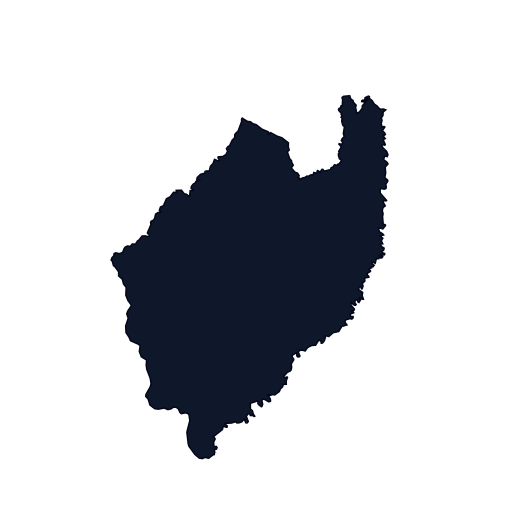 Quimbaya, Quindío, Colombia (Mercator projection), rotated 307°
{"feature_id": "7082276B28031700236172", "entity_name": "Quimbaya", "entity_type": "district", "adm_level": 2, "iso_a3": "COL", "parent_name": "Colombia", "parent_adm1": "Quindío", "projection": "mercator", "projection_center": [-75.769, 4.613], "detail": "fine", "context": "isolated", "style": "filled", "palette": "ink", "viewbox_px": 512, "rotation_deg": 307, "n_neighbors": 0, "source": "geoboundaries", "source_scale": "gbopen_adm2", "svg_char_len": 6128}
<svg xmlns="http://www.w3.org/2000/svg" viewBox="0 0 512 512"><g transform="rotate(307 256 256)"><path d="M450.1,269.3L448.3,267.4L448.0,265.4L448.7,262.3L448.5,259.2L450.0,255.2L450.1,251.7L451.6,250.6L451.3,249.5L448.1,247.8L447.6,248.4L445.0,248.4L444.7,247.5L443.9,247.7L443.6,247.1L442.9,247.5L444.0,249.5L446.6,249.1L448.3,249.6L449.0,249.9L448.4,251.2L446.4,250.5L444.9,250.9L439.9,250.5L438.0,251.9L433.2,251.9L430.6,250.6L434.7,246.0L436.7,245.3L437.4,241.4L438.7,239.6L438.3,238.3L438.8,236.7L440.4,234.4L436.2,229.8L434.4,229.3L432.8,231.2L428.4,234.2L426.9,233.5L425.4,234.4L423.9,233.5L422.7,233.6L422.0,234.6L421.2,238.6L420.1,239.0L419.7,240.5L418.0,240.4L417.7,242.4L416.3,242.6L414.9,243.7L412.6,246.7L412.5,248.8L406.4,252.0L404.4,254.6L401.4,254.2L399.5,254.7L399.2,256.4L397.8,257.4L396.4,256.7L395.8,254.8L395.2,254.9L394.7,257.9L393.5,258.6L389.3,259.1L388.8,260.5L387.4,260.2L385.7,261.5L383.8,264.2L384.0,265.7L383.3,266.9L379.7,266.9L378.5,266.1L377.6,266.5L376.0,263.7L373.8,264.0L371.8,262.9L369.8,263.4L364.9,259.5L365.4,257.2L364.9,256.5L361.2,256.7L361.6,255.1L361.2,253.6L358.6,254.6L357.5,251.9L355.3,252.7L353.7,250.9L351.3,249.9L350.4,248.5L347.8,247.6L346.9,246.5L343.2,244.6L344.4,243.8L344.0,242.2L346.1,242.2L347.2,239.3L346.4,236.8L347.6,231.2L351.0,231.1L352.3,228.1L353.5,227.0L354.0,224.3L357.7,218.9L358.4,218.4L360.5,218.8L362.9,215.9L365.9,213.8L366.0,205.5L364.4,200.6L363.4,193.9L363.2,193.3L361.5,193.4L360.6,192.4L362.5,191.6L362.5,190.7L360.9,184.5L361.0,177.1L359.8,173.8L359.9,170.7L358.4,168.3L357.8,162.0L356.6,162.1L354.7,163.6L345.0,166.5L341.4,165.9L340.0,166.1L337.9,167.7L334.1,167.3L328.1,168.5L326.4,167.7L323.9,167.8L322.7,170.2L319.1,170.9L315.6,169.7L312.4,166.1L311.6,166.5L310.6,168.8L309.2,168.7L308.2,164.7L304.0,166.0L300.3,165.6L295.8,167.5L294.0,165.1L292.8,164.4L291.6,165.4L287.8,162.5L283.3,161.8L281.4,162.7L282.6,164.7L279.2,163.1L277.9,163.5L275.7,162.6L272.8,162.5L271.0,163.4L271.1,165.8L270.6,166.4L268.6,164.1L264.3,166.7L263.3,165.9L263.5,163.4L262.5,161.3L263.7,156.9L260.4,152.7L258.8,154.3L257.3,151.8L251.5,151.8L247.9,150.0L240.4,151.8L237.7,150.2L234.3,151.3L233.5,153.7L231.8,151.6L229.0,150.6L225.3,152.3L223.0,152.6L220.6,151.3L219.3,151.7L217.8,153.2L209.2,155.3L208.7,156.0L208.8,157.9L207.8,158.7L206.5,158.1L205.5,155.5L203.4,153.0L198.3,152.9L196.7,152.3L192.9,152.6L191.2,150.0L188.0,149.8L186.7,147.4L184.5,146.2L182.5,146.2L179.2,147.2L177.8,146.9L175.7,145.5L174.1,142.0L172.5,141.2L170.6,142.3L167.8,142.0L165.5,142.8L165.4,144.3L162.5,148.0L162.5,150.0L160.7,155.8L157.4,158.3L157.0,163.2L153.9,167.1L152.8,171.2L146.4,175.6L143.4,180.5L141.8,185.8L140.7,186.4L134.8,186.7L132.0,187.6L129.4,191.4L121.7,194.0L116.6,198.3L114.7,203.6L112.8,206.8L114.7,214.9L114.7,217.4L109.5,220.3L106.5,225.1L107.1,231.3L103.0,233.8L99.8,236.9L94.6,245.2L90.8,249.1L87.7,250.3L79.4,251.4L77.5,252.4L76.9,255.9L73.2,260.9L73.1,267.0L74.9,270.2L79.3,274.2L80.3,278.1L83.0,280.3L85.2,280.8L87.1,283.0L87.2,285.9L85.3,289.4L85.1,291.2L88.4,294.2L89.2,296.7L88.6,298.3L84.7,302.2L73.7,306.8L65.3,314.8L63.7,316.9L60.8,326.4L60.4,332.2L61.9,335.1L64.4,336.4L66.0,339.9L71.7,341.5L72.2,342.2L74.4,341.2L76.4,339.2L77.8,340.6L79.5,340.3L80.0,339.0L78.8,337.3L79.0,336.6L81.9,334.2L85.3,333.5L86.4,330.8L97.1,333.6L100.4,332.3L101.3,335.3L102.0,335.9L103.0,335.3L103.2,332.6L104.1,332.5L107.9,337.0L111.6,339.6L111.1,341.1L112.8,343.1L115.2,344.5L118.7,344.7L116.6,348.3L117.5,349.5L119.2,349.4L122.2,344.7L124.8,344.7L126.4,345.5L125.2,347.5L126.6,349.3L126.7,351.1L127.3,351.4L128.2,348.9L130.2,346.4L130.5,343.6L134.5,340.5L135.3,340.4L141.3,344.6L141.2,345.3L139.6,346.0L138.9,347.3L138.8,350.9L139.3,351.3L141.6,350.6L143.9,347.9L145.5,347.2L146.7,349.4L147.1,353.7L148.2,354.8L149.0,354.9L150.3,353.6L152.4,349.3L153.3,351.3L155.2,352.6L156.4,354.6L161.8,356.2L164.6,355.5L167.4,356.0L169.9,355.1L171.8,357.4L174.4,355.3L178.0,354.2L178.1,353.6L175.8,351.8L176.6,350.6L181.9,351.0L184.6,352.5L186.3,352.6L188.6,351.4L191.1,349.1L195.8,348.6L196.5,347.9L197.1,345.6L198.8,344.8L203.1,346.6L200.6,349.0L200.6,350.3L201.4,351.2L202.6,351.3L204.5,347.9L206.7,347.5L208.7,349.7L209.7,352.4L213.6,352.3L215.3,352.9L218.1,354.4L220.6,357.3L226.6,356.7L227.1,359.0L225.6,360.6L226.5,361.5L229.5,361.6L234.4,359.7L235.5,362.6L241.2,363.8L245.5,367.5L251.3,366.9L255.7,370.1L256.8,366.6L259.0,366.1L262.5,368.7L263.3,370.5L265.0,370.8L266.1,370.0L265.0,368.4L265.1,366.9L266.4,366.3L269.5,368.2L269.8,367.3L268.8,365.7L269.3,365.2L271.1,366.8L272.2,366.9L272.9,366.2L273.8,361.7L275.6,360.0L276.4,360.6L275.7,363.0L276.3,365.0L277.5,365.2L278.2,363.1L279.2,362.3L281.2,362.3L281.9,363.4L280.7,365.0L280.9,366.2L283.8,365.9L284.3,363.9L285.1,363.7L285.4,366.7L286.1,367.8L288.4,364.5L291.1,363.1L290.8,358.3L293.1,357.2L294.7,357.8L293.2,360.1L293.5,360.5L296.4,359.6L298.1,357.4L301.4,358.1L303.8,356.0L306.9,358.9L307.6,358.3L307.9,356.2L309.1,355.3L312.5,356.7L313.1,356.3L313.4,354.5L314.0,354.2L316.2,355.4L316.6,354.9L318.0,356.0L319.7,355.9L319.7,353.3L320.5,352.6L321.5,353.1L321.9,355.6L326.3,353.7L327.7,355.7L329.9,355.4L329.5,357.0L330.5,357.7L331.7,357.7L331.7,355.2L334.1,357.8L335.1,357.7L335.4,357.0L334.7,355.1L335.3,353.9L337.6,354.4L339.4,353.6L339.2,350.8L340.0,348.6L340.9,348.5L342.0,349.9L343.6,346.9L346.5,346.6L346.5,343.1L349.6,345.3L350.0,343.6L349.6,340.1L351.8,337.1L353.2,338.7L353.9,341.0L358.3,341.1L358.7,340.6L358.1,338.4L358.7,337.8L363.6,333.4L366.2,332.1L368.3,329.5L371.2,328.3L373.8,329.1L375.3,325.7L376.4,324.7L377.2,324.7L378.2,326.7L379.0,326.8L381.0,317.4L383.5,315.3L385.3,315.3L386.4,318.1L388.0,319.2L389.4,318.6L391.4,316.5L395.2,316.2L396.0,315.2L395.9,313.0L396.4,311.5L400.4,309.6L404.7,305.7L409.0,306.0L409.8,303.8L409.7,300.0L413.1,298.6L414.4,301.0L416.3,300.4L418.2,297.3L418.8,292.4L420.0,289.7L420.9,289.6L422.0,292.2L422.9,292.1L425.1,288.1L426.3,287.8L427.5,288.6L428.4,285.5L430.9,286.2L431.8,284.6L432.1,281.5L436.5,281.3L436.5,280.3L434.9,279.0L437.1,276.3L439.9,275.2L441.9,272.9L444.5,272.9L447.5,270.9L450.8,271.7L450.1,269.3Z" fill="#0f172a" stroke="#020617" stroke-width="1.5"/></g></svg>